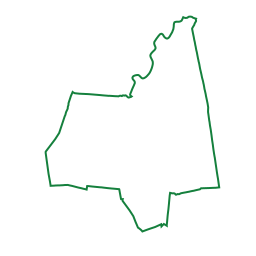 outline of Thanh Hoa, Long An, Vietnam, rotated 264°
{"feature_id": "81297802B63095135263844", "entity_name": "Thanh Hoa", "entity_type": "district", "adm_level": 2, "iso_a3": "VNM", "parent_name": "Vietnam", "parent_adm1": "Long An", "projection": "orthographic", "projection_center": [106.215, 10.693], "detail": "fine", "context": "isolated", "style": "outline", "palette": "green", "viewbox_px": 256, "rotation_deg": 264, "n_neighbors": 0, "source": "geoboundaries", "source_scale": "gbopen_adm2", "svg_char_len": 4943}
<svg xmlns="http://www.w3.org/2000/svg" viewBox="0 0 256 256"><g transform="rotate(264 128 128)"><path d="M130.2,59.0L124.5,54.4L113.1,43.7L112.0,43.5L109.2,43.6L90.6,44.2L82.9,44.8L78.9,45.0L78.6,45.0L78.5,46.9L78.4,48.4L78.4,49.7L78.2,52.8L78.1,53.6L77.9,57.4L77.9,59.0L77.7,61.7L77.6,62.4L77.0,64.0L76.3,66.2L76.0,67.0L74.6,70.7L74.0,72.3L73.0,75.3L72.2,77.4L71.7,78.9L71.1,80.4L73.4,81.0L74.5,81.3L74.4,82.4L73.6,86.0L72.8,89.9L72.0,93.8L71.7,95.6L71.2,97.7L70.3,101.7L69.5,105.6L69.1,107.7L68.2,112.2L68.1,112.8L67.9,112.9L65.0,113.1L58.5,113.6L58.0,113.7L57.8,115.3L57.4,115.1L56.1,115.0L46.0,120.9L39.7,124.1L37.8,124.6L33.4,125.8L32.5,126.1L31.5,126.4L27.9,127.5L27.1,128.5L25.5,130.1L24.4,131.0L23.6,131.5L25.0,137.0L25.7,140.0L26.7,144.6L28.8,150.9L26.6,151.0L28.8,153.6L26.8,156.3L27.0,156.3L30.7,157.1L36.4,158.2L38.7,158.7L43.0,159.7L48.3,160.8L50.4,161.2L56.4,162.4L59.1,163.1L58.8,164.1L58.5,164.7L58.4,165.2L58.3,166.2L58.3,166.7L58.1,167.2L58.0,167.5L57.6,167.9L57.0,168.3L56.9,168.5L56.7,168.6L56.7,168.8L56.7,169.1L56.7,169.3L56.9,169.7L57.0,170.1L57.1,170.3L57.1,170.6L57.0,170.9L56.9,171.3L56.9,171.5L56.9,171.9L56.9,172.2L57.1,172.5L57.2,172.9L57.3,173.1L57.4,173.4L57.6,174.0L57.6,174.3L57.7,175.1L57.9,177.7L58.0,179.2L58.1,180.0L58.3,182.5L58.4,183.0L58.7,185.9L58.7,186.6L59.1,189.4L59.4,192.0L59.5,193.1L59.9,193.7L60.4,194.3L59.8,202.6L59.6,206.2L59.4,208.9L59.4,212.5L67.5,212.2L67.8,212.2L70.7,212.0L74.5,211.8L79.8,211.6L82.1,211.5L89.6,211.2L90.5,211.1L92.0,211.0L93.6,210.9L98.1,210.7L102.8,210.6L106.9,210.4L111.7,210.3L117.7,210.1L121.9,209.8L125.9,209.7L126.4,209.6L129.6,209.5L132.8,209.4L135.1,209.3L135.6,209.3L138.1,209.6L140.0,209.9L140.3,209.9L144.0,209.7L148.0,209.3L151.7,208.9L153.5,208.8L157.0,208.4L159.2,208.1L159.6,208.1L161.4,208.0L163.9,207.8L164.3,207.7L166.7,207.5L170.4,206.9L173.6,206.6L177.0,206.2L178.4,206.0L180.6,205.8L183.5,205.6L185.6,205.4L186.6,205.2L188.1,205.1L189.7,204.9L193.2,204.6L195.8,204.4L197.4,204.2L197.9,204.1L200.1,203.9L201.8,203.8L203.4,203.6L206.4,203.4L208.7,203.1L210.1,203.0L211.5,202.9L215.6,202.5L218.9,202.2L220.0,202.1L220.6,202.4L221.6,203.1L222.9,204.1L223.5,204.6L224.5,205.0L225.2,205.4L225.8,205.8L226.4,206.3L227.1,206.8L227.4,206.9L227.9,206.9L228.6,206.8L229.1,206.8L229.6,207.1L229.8,206.6L230.1,205.9L230.6,204.8L230.9,204.2L231.3,203.7L231.8,203.2L232.0,202.7L232.1,202.3L232.3,201.5L232.3,200.9L232.3,200.6L232.3,200.2L232.2,199.7L231.9,199.3L231.7,199.0L231.5,198.6L231.4,198.2L231.4,197.6L231.4,197.3L231.4,197.1L231.4,196.7L231.6,196.1L231.9,195.3L232.4,194.5L231.4,193.9L230.0,193.1L229.1,192.4L228.8,191.8L228.5,191.0L228.4,190.1L228.4,189.2L228.6,187.9L228.6,186.9L228.5,186.1L228.4,185.6L228.2,185.2L227.6,184.9L226.6,184.5L225.6,184.3L224.2,184.1L223.0,183.8L221.5,183.4L220.4,182.8L219.4,182.3L218.6,181.9L217.4,181.0L216.2,180.1L215.3,179.5L214.5,178.9L213.9,178.3L213.3,177.6L212.9,176.6L212.9,176.2L213.0,175.7L213.4,175.0L214.4,173.9L215.8,173.1L216.3,172.9L217.3,172.4L217.7,171.9L218.1,171.5L218.2,171.2L218.2,170.7L218.1,170.2L217.8,169.5L217.0,168.7L216.5,168.1L215.3,167.0L213.7,165.5L212.3,164.4L211.0,163.3L210.7,163.2L210.1,163.0L209.5,162.9L208.8,162.9L207.8,163.1L207.0,163.3L206.3,163.6L205.6,163.7L204.9,163.8L204.3,163.7L203.8,163.4L202.7,162.5L201.6,161.0L200.3,159.5L199.6,158.8L198.8,158.2L198.1,157.9L197.9,157.8L197.4,157.8L197.0,157.8L195.9,158.0L194.6,158.5L192.9,159.1L192.3,159.3L191.7,159.5L191.4,159.5L190.0,159.5L188.5,159.2L186.5,158.5L185.1,157.9L184.1,157.4L182.6,156.6L180.9,155.5L180.3,155.0L179.8,154.6L178.5,153.2L177.6,152.2L176.8,151.1L176.3,150.1L175.9,149.1L175.8,148.5L175.8,147.7L176.0,147.3L176.4,146.7L177.3,146.0L178.7,144.9L179.2,144.4L179.5,144.0L179.6,143.7L179.7,143.2L179.7,142.4L179.7,141.6L179.5,140.3L179.1,139.0L178.7,138.4L178.2,138.0L177.7,137.7L177.3,137.7L176.7,137.7L176.1,137.9L175.3,138.4L174.4,139.0L173.7,139.4L173.2,139.5L172.9,139.5L172.2,139.5L171.8,139.4L170.9,138.9L169.4,138.1L167.6,137.0L167.0,136.7L166.0,136.1L163.8,135.0L162.2,134.1L161.1,133.6L160.7,133.6L160.2,133.8L159.6,134.2L159.0,134.9L158.6,134.2L158.5,133.5L158.3,132.6L158.2,131.9L158.3,131.6L158.6,131.1L159.3,130.5L159.9,130.0L160.5,129.4L160.7,129.1L160.7,128.7L160.7,128.4L160.6,128.2L160.6,127.8L160.7,127.6L160.8,127.1L160.9,126.7L160.9,126.3L160.9,126.0L160.7,125.8L160.5,125.5L160.4,125.3L160.4,125.1L160.7,124.6L160.8,124.2L160.9,123.8L160.9,123.2L160.8,122.7L160.6,122.2L160.5,121.9L160.5,121.7L160.6,121.3L160.8,119.9L161.1,117.9L161.6,115.1L161.9,113.3L162.0,112.2L163.2,105.9L163.4,105.0L164.0,101.9L165.5,94.0L165.8,92.4L167.2,83.2L167.8,80.4L168.2,78.6L169.0,77.3L169.6,76.7L165.7,74.5L164.1,73.8L163.0,73.3L161.0,72.4L159.0,71.5L158.5,71.4L158.2,71.3L157.9,71.3L157.3,71.2L157.1,71.2L155.9,70.6L155.4,70.4L155.0,70.3L154.4,70.2L153.8,70.1L152.9,69.7L151.3,68.7L150.3,68.1L149.6,67.8L148.4,67.4L147.4,67.0L146.3,66.3L130.2,59.0Z" fill="none" stroke="#15803d" stroke-width="2"/></g></svg>